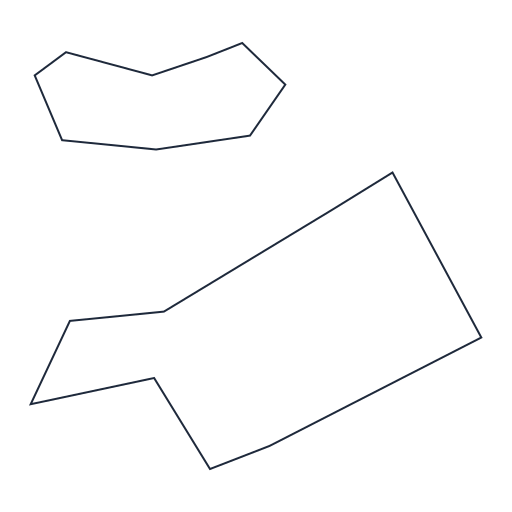 SVG path tracing the border of Warwick
{"feature_id": "BMU-5144", "entity_name": "Warwick", "entity_type": "state/province", "adm_level": 1, "iso_a3": "BMU", "parent_name": "Bermuda", "parent_adm1": "", "projection": "orthographic", "projection_center": [-64.817, 32.272], "detail": "fine", "context": "isolated", "style": "outline", "palette": "slate", "viewbox_px": 512, "rotation_deg": 0, "n_neighbors": 0, "source": "natural_earth", "source_scale": "10m", "svg_char_len": 356}
<svg xmlns="http://www.w3.org/2000/svg" viewBox="0 0 512 512"><path d="M30.7,404.2L69.9,320.9L163.9,311.6L332.3,209.7L392.5,172.5L481.3,337.5L269.6,445.9L210.0,469.0L154.1,378.0L30.7,404.2ZM250.0,135.6L156.1,149.5L62.1,140.2L34.7,75.4L66.0,52.2L152.1,75.4L207.0,56.9L242.2,43.0L285.3,84.6L250.0,135.6Z" fill="none" stroke="#1e293b" stroke-width="2"/></svg>